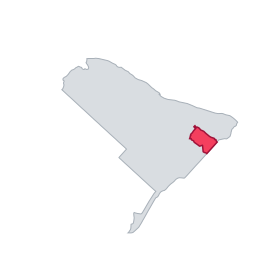 Namibia, with Omusati highlighted, rotated 132°
{"feature_id": "NAM-3350", "entity_name": "Omusati", "entity_type": "Region", "adm_level": 1, "iso_a3": "NAM", "parent_name": "Namibia", "parent_adm1": "", "projection": "natural_earth1", "projection_center": [14.875, -18.403], "detail": "fine", "context": "in_parent", "style": "filled", "palette": "rose", "viewbox_px": 256, "rotation_deg": 132, "n_neighbors": 0, "source": "natural_earth", "source_scale": "10m", "svg_char_len": 3711}
<svg xmlns="http://www.w3.org/2000/svg" viewBox="0 0 256 256"><g transform="rotate(132 128 128)"><path d="M184.3,55.7L186.8,55.2L189.2,54.6L191.9,54.1L194.1,53.7L194.7,53.6L199.9,54.1L202.2,54.4L203.0,54.8L204.1,55.7L205.9,57.8L205.4,57.7L201.9,58.2L200.6,58.8L197.5,61.3L196.9,61.0L196.2,60.5L195.5,60.3L194.2,60.9L192.9,61.7L191.4,62.7L190.2,63.7L189.8,64.3L187.9,66.4L187.3,66.7L186.7,66.9L186.3,65.9L185.2,63.8L183.3,61.0L182.8,60.7L182.4,60.6L181.0,60.7L177.0,61.5L173.7,62.2L168.5,63.3L162.9,64.2L159.5,64.8L156.5,64.9L156.5,67.7L156.5,73.2L156.4,78.8L156.4,84.3L156.3,89.8L156.3,95.4L156.2,100.9L156.2,106.5L156.1,112.0L156.1,114.4L156.0,115.0L154.3,115.0L150.5,115.0L147.3,115.0L144.7,115.0L144.6,118.3L144.6,122.2L144.6,126.1L144.5,130.0L144.5,133.9L144.5,137.7L144.4,141.6L144.4,145.5L144.4,149.5L144.3,152.4L144.3,152.7L144.3,158.4L144.2,164.5L144.1,170.6L144.1,176.6L144.0,182.7L143.9,188.7L143.9,194.8L143.8,200.8L143.8,202.8L142.6,202.7L140.3,203.5L138.8,204.4L138.1,205.6L137.3,206.3L136.2,206.6L135.7,207.2L135.9,208.2L135.4,208.9L134.5,209.4L133.0,209.2L130.9,208.4L128.2,208.3L124.9,208.7L122.6,208.5L121.2,207.7L119.7,207.2L118.1,207.1L117.2,206.7L115.3,206.1L114.9,205.1L114.7,204.3L114.2,203.4L114.1,202.8L114.5,202.2L114.6,201.4L114.3,200.3L113.8,199.7L113.0,199.8L112.6,199.3L112.4,198.4L112.0,197.7L110.9,197.0L109.5,197.6L108.9,198.4L108.5,199.6L108.1,200.2L108.0,201.3L107.9,202.0L107.5,202.8L107.2,203.1L106.8,202.9L106.1,203.3L104.5,204.4L104.0,205.0L102.8,203.9L99.1,199.8L97.8,198.7L95.9,196.1L91.6,188.3L91.0,186.7L90.2,182.9L89.3,180.1L89.2,178.5L89.6,177.6L89.4,176.3L88.9,175.2L87.4,173.7L87.0,168.8L86.0,165.6L86.3,163.0L85.8,160.6L85.7,159.1L86.0,156.2L85.2,152.9L83.6,149.6L82.1,144.9L81.9,142.8L82.1,137.3L81.8,135.0L81.8,132.4L81.2,129.6L81.0,128.1L81.4,126.9L81.6,127.3L82.1,127.5L82.3,125.9L82.4,124.5L81.7,121.1L80.1,117.5L76.1,111.8L75.1,109.6L74.5,107.8L70.1,100.2L68.2,94.9L66.8,90.3L65.4,88.2L58.6,73.2L57.1,70.8L54.4,68.0L53.8,67.0L52.8,64.3L50.7,60.6L50.2,57.2L50.1,53.4L50.3,50.4L52.1,50.1L53.4,49.3L54.6,49.3L55.7,49.9L56.9,49.9L57.4,49.8L59.6,49.9L60.8,49.2L62.3,48.5L63.1,47.9L64.3,47.3L65.9,46.6L66.8,46.7L67.9,46.9L69.4,47.2L70.3,47.6L71.2,49.0L72.8,50.2L73.9,51.0L75.2,51.9L75.6,52.3L76.2,52.5L76.5,52.6L78.9,52.4L81.1,52.3L83.4,52.3L87.8,52.3L92.2,52.3L96.6,52.3L101.1,52.3L105.5,52.3L109.9,52.4L114.3,52.4L118.7,52.4L120.5,52.4L123.6,52.4L127.0,52.5L127.3,52.5L127.7,52.8L128.0,53.1L129.2,54.8L130.6,56.6L131.9,57.4L133.4,57.9L134.8,58.1L136.1,58.0L138.2,58.2L141.2,58.8L144.4,59.0L147.6,58.8L149.9,59.1L151.2,60.0L152.6,60.6L153.9,60.9L155.8,60.7L158.2,60.0L160.2,60.1L161.1,60.6L161.7,60.6L165.2,59.9L168.0,59.3L172.1,58.4L175.6,57.7L180.7,56.5L184.3,55.7Z" fill="#d9dde1" stroke="#a8b0b8" stroke-width="1"/><path d="M79.6,52.3L82.6,52.3L85.5,52.3L88.5,52.3L91.4,52.3L94.3,52.3L94.3,53.2L94.6,54.0L94.9,54.5L95.0,54.7L95.2,55.2L95.3,56.3L91.1,60.9L91.1,61.2L91.3,61.3L92.7,62.1L93.1,62.3L93.6,62.7L93.7,63.3L93.7,64.0L94.3,69.1L94.1,69.8L93.7,70.5L93.8,71.2L94.3,72.7L94.2,73.5L93.7,74.0L93.9,74.4L94.2,74.8L94.5,74.9L94.7,75.1L94.4,75.3L93.9,75.3L93.5,75.6L93.0,75.9L92.6,76.1L92.2,76.2L91.8,76.3L91.5,76.4L91.5,76.6L91.5,76.8L90.2,77.2L89.6,77.2L88.8,77.0L86.2,77.4L83.0,77.4L82.5,77.5L82.5,78.1L82.5,78.7L83.2,78.6L83.1,79.4L82.9,79.9L81.5,79.8L81.6,79.3L81.7,79.1L81.9,78.8L81.8,78.2L81.6,77.8L81.2,77.5L81.0,77.1L80.5,75.5L80.6,74.1L80.8,72.7L80.6,72.0L80.3,71.2L79.8,69.6L79.8,68.7L79.9,66.8L79.7,61.7L79.3,60.0L78.2,57.5L78.0,56.8L78.3,56.6L78.4,56.3L78.4,56.1L78.5,55.7L78.4,55.4L77.9,55.1L77.9,54.7L78.1,54.4L78.5,53.8L78.6,53.5L78.8,53.1L78.9,52.8L78.8,52.7L78.8,52.3L79.6,52.3Z" fill="#f43f5e" stroke="#9f1239" stroke-width="1.5"/></g></svg>